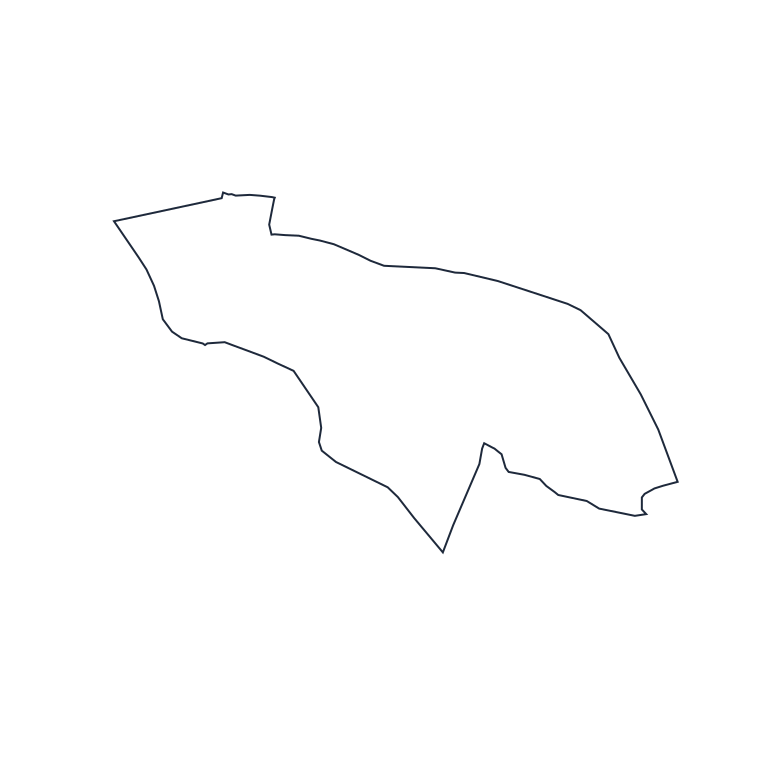 Gamaliyya, Ad Daqahliyah, Egypt, rotated 110°
{"feature_id": "37247803B61815005603813", "entity_name": "Gamaliyya", "entity_type": "district", "adm_level": 2, "iso_a3": "EGY", "parent_name": "Egypt", "parent_adm1": "Ad Daqahliyah", "projection": "mercator", "projection_center": [31.849, 31.206], "detail": "fine", "context": "isolated", "style": "outline", "palette": "slate", "viewbox_px": 768, "rotation_deg": 110, "n_neighbors": 0, "source": "geoboundaries", "source_scale": "gbopen_adm2", "svg_char_len": 1192}
<svg xmlns="http://www.w3.org/2000/svg" viewBox="0 0 768 768"><g transform="rotate(110 384 384)"><path d="M522.1,271.1L493.0,270.7L426.6,267.0L411.1,269.7L405.4,269.6L406.7,260.1L406.9,258.1L408.4,253.8L409.8,249.5L421.2,241.1L424.0,236.8L421.3,221.0L420.0,205.1L424.3,196.6L427.2,186.6L428.7,182.3L424.6,153.5L427.5,139.2L422.1,103.2L416.6,93.1L413.7,98.8L402.4,102.9L398.1,101.5L391.6,95.8L389.7,94.2L384.1,86.9L375.5,74.6L333.0,110.7L306.0,139.1L278.9,171.8L260.4,190.2L247.4,224.5L245.9,238.9L248.3,312.1L252.3,346.6L255.0,355.3L257.7,375.4L272.9,424.4L272.8,438.8L271.3,451.7L269.8,478.9L271.1,493.3L272.4,501.9L273.8,514.8L277.9,527.8L280.7,537.9L282.1,540.8L273.5,546.4L256.6,549.1L248.1,550.4L246.3,550.4L246.7,553.3L249.4,564.8L252.2,574.8L257.7,587.8L257.7,592.1L259.1,595.0L259.1,597.9L259.1,600.7L264.9,600.1L297.4,651.9L323.4,693.4L349.0,657.8L357.6,646.4L370.4,633.7L383.2,623.8L398.8,614.0L407.3,601.1L410.2,589.7L407.9,568.2L408.6,565.5L406.2,563.8L399.2,548.0L399.3,539.3L399.5,506.3L401.1,490.9L402.6,473.4L428.3,437.8L446.7,428.0L460.8,425.3L467.9,419.7L473.7,402.5L479.8,345.2L485.5,332.3L499.8,309.6L522.1,271.1Z" fill="none" stroke="#1e293b" stroke-width="2"/></g></svg>